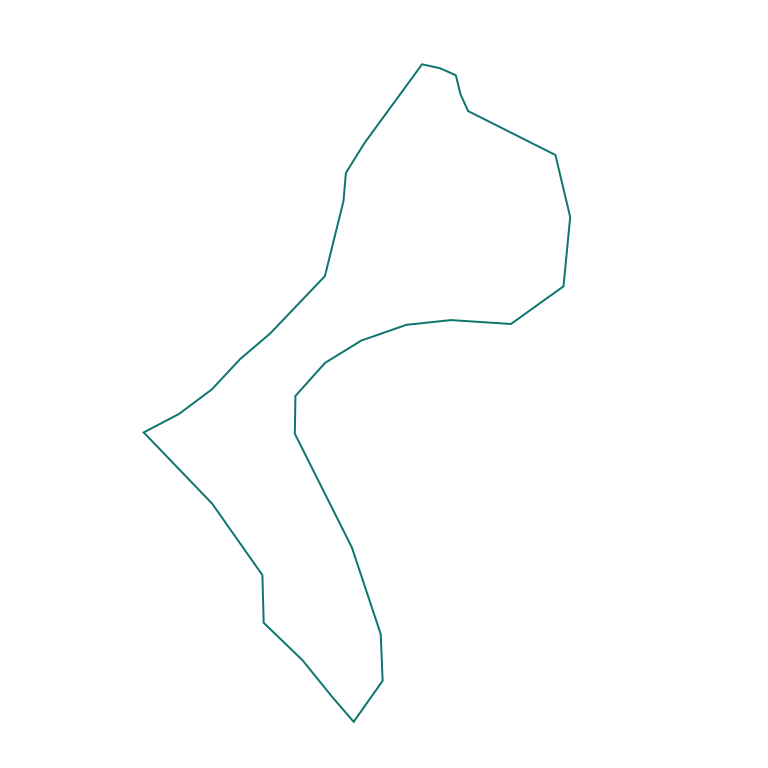 SVG path tracing the border of Bulambuli, rotated 35°
{"feature_id": "UGA-5613", "entity_name": "Bulambuli", "entity_type": "County", "adm_level": 1, "iso_a3": "UGA", "parent_name": "Uganda", "parent_adm1": "", "projection": "equal_earth", "projection_center": [34.336, 1.363], "detail": "fine", "context": "isolated", "style": "outline", "palette": "teal", "viewbox_px": 768, "rotation_deg": 35, "n_neighbors": 0, "source": "natural_earth", "source_scale": "10m", "svg_char_len": 569}
<svg xmlns="http://www.w3.org/2000/svg" viewBox="0 0 768 768"><g transform="rotate(35 384 384)"><path d="M265.8,89.9L280.6,102.9L296.3,112.2L393.1,98.1L440.8,140.5L475.0,201.0L453.6,262.0L402.1,293.3L368.3,322.8L340.5,361.4L323.6,400.5L318.3,444.6L339.5,475.9L451.4,536.3L524.8,590.8L553.1,627.9L552.9,678.1L520.2,669.8L476.0,657.1L422.4,648.6L394.0,610.3L311.9,580.6L214.9,561.5L233.3,526.0L246.1,487.0L251.8,446.4L261.8,407.7L273.7,329.5L245.9,257.4L231.7,232.9L229.8,197.9L231.8,100.3L248.8,93.2L265.8,89.9Z" fill="none" stroke="#0f766e" stroke-width="2"/></g></svg>